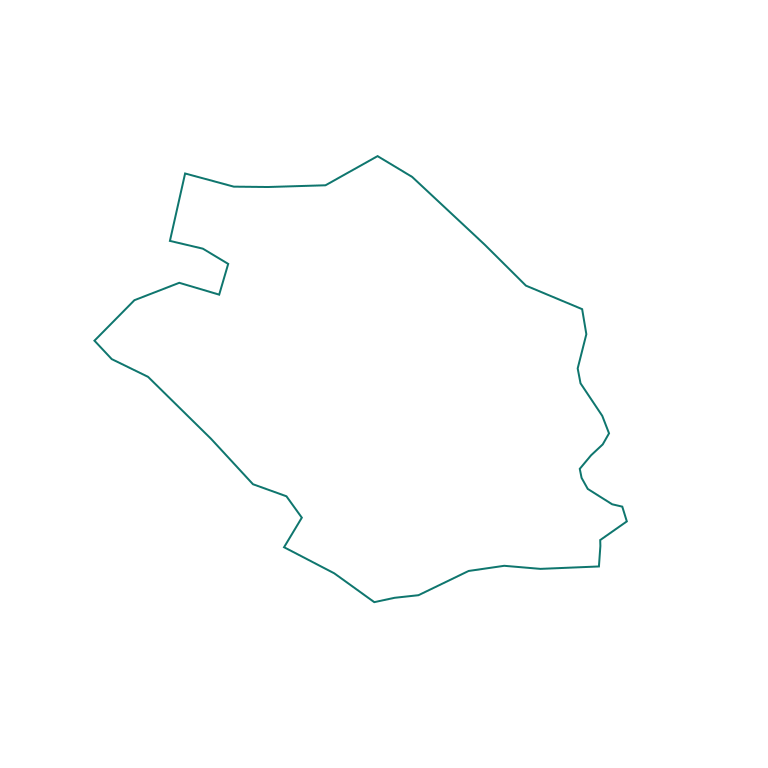 the border of Rugaju, rotated 211°
{"feature_id": "LVA-5741", "entity_name": "Rugaju", "entity_type": "Municipality", "adm_level": 1, "iso_a3": "LVA", "parent_name": "Latvia", "parent_adm1": "", "projection": "robinson", "projection_center": [27.065, 56.988], "detail": "fine", "context": "isolated", "style": "outline", "palette": "teal", "viewbox_px": 768, "rotation_deg": 211, "n_neighbors": 0, "source": "natural_earth", "source_scale": "10m", "svg_char_len": 730}
<svg xmlns="http://www.w3.org/2000/svg" viewBox="0 0 768 768"><g transform="rotate(211 384 384)"><path d="M105.1,391.3L118.3,361.6L115.1,356.6L105.8,338.3L154.7,306.1L187.3,290.1L215.2,267.3L245.7,220.7L264.8,206.2L280.0,192.0L329.2,196.1L385.6,192.6L385.6,227.1L409.8,237.5L444.7,230.6L503.9,247.9L589.9,268.6L630.2,265.1L654.5,272.0L641.1,327.3L611.6,365.3L571.3,375.7L579.4,406.7L609.0,406.7L641.2,396.4L662.9,462.0L614.4,475.8L584.9,493.1L536.5,524.2L506.9,576.0L466.5,576.0L369.5,555.3L313.0,541.4L252.7,550.2L236.2,530.9L226.0,497.1L215.9,485.8L180.5,469.1L165.7,457.6L165.4,444.9L169.8,429.5L172.5,412.1L166.3,405.3L155.3,399.0L126.5,398.4L116.6,401.6L105.1,391.3Z" fill="none" stroke="#0f766e" stroke-width="2"/></g></svg>